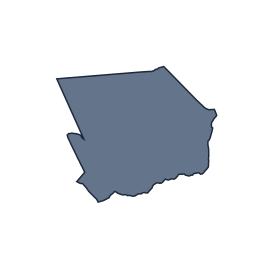 outline of Nova Soure, Bahia, Brazil, rotated 45°
{"feature_id": "56859067B28975289124766", "entity_name": "Nova Soure", "entity_type": "district", "adm_level": 2, "iso_a3": "BRA", "parent_name": "Brazil", "parent_adm1": "Bahia", "projection": "albers", "projection_center": [-38.498, -11.321], "detail": "fine", "context": "isolated", "style": "filled", "palette": "slate", "viewbox_px": 256, "rotation_deg": 45, "n_neighbors": 0, "source": "geoboundaries", "source_scale": "gbopen_adm2", "svg_char_len": 2171}
<svg xmlns="http://www.w3.org/2000/svg" viewBox="0 0 256 256"><g transform="rotate(45 128 128)"><path d="M109.7,59.3L109.0,60.9L107.8,62.7L107.2,64.0L107.2,65.4L105.9,67.3L105.9,69.1L105.0,70.6L104.5,71.7L103.3,72.7L96.9,80.0L80.0,99.9L75.9,104.7L72.9,108.3L71.5,109.9L51.0,134.0L42.9,143.6L104.7,167.1L102.8,167.5L101.0,167.0L99.5,166.7L98.2,167.1L96.9,167.9L95.7,168.4L94.6,169.4L93.1,170.5L91.8,171.4L91.2,172.6L90.0,173.9L90.0,176.0L91.5,176.8L93.0,177.6L94.7,178.1L99.5,179.9L110.8,183.8L112.5,184.4L114.0,185.0L116.4,185.6L118.4,186.4L120.1,187.0L121.6,187.5L122.9,187.8L124.4,188.4L126.1,189.0L127.5,189.5L128.7,189.8L129.7,202.2L131.3,201.6L132.8,201.2L134.1,200.5L135.1,199.4L141.1,199.8L143.1,200.2L145.0,200.5L147.0,200.6L148.6,200.6L150.3,200.5L151.9,200.6L153.7,200.6L155.3,200.5L156.6,200.7L157.8,201.0L159.3,201.5L162.0,196.6L163.9,190.6L163.4,189.4L163.2,188.1L163.3,186.6L163.5,184.6L163.4,182.3L165.4,181.5L166.8,181.4L168.4,180.6L170.4,179.8L171.8,178.8L173.0,177.4L174.0,176.3L175.5,176.2L176.3,175.0L177.7,174.0L179.6,172.8L180.9,171.3L181.2,169.7L181.7,168.3L182.1,166.9L183.1,166.1L184.1,164.9L184.1,163.5L185.0,162.2L186.7,161.1L187.8,160.0L187.6,158.0L187.5,156.0L187.4,153.5L186.5,151.5L186.3,150.0L186.6,148.4L187.0,146.8L188.1,145.4L189.6,144.7L190.6,143.2L190.8,141.3L190.6,139.6L190.5,137.9L192.2,137.0L193.3,136.3L194.1,134.6L194.9,132.9L196.7,131.7L197.2,130.1L197.1,128.2L197.1,126.9L196.5,125.5L197.5,123.8L199.1,122.4L200.1,120.8L202.2,120.7L203.8,119.5L205.2,118.8L205.7,117.1L207.0,115.6L206.6,113.8L207.8,112.4L208.8,110.7L210.0,109.5L212.0,109.4L213.0,107.8L213.1,105.9L212.8,103.9L212.8,102.3L212.6,100.4L212.4,98.9L211.6,97.8L209.8,95.9L208.0,93.8L206.5,92.8L205.5,91.4L204.2,90.0L202.7,88.6L201.0,86.9L199.3,85.4L197.1,83.9L195.7,82.8L194.8,81.8L193.9,80.8L193.9,79.2L193.2,77.3L192.5,75.9L191.6,74.4L190.7,72.7L189.7,71.0L188.9,69.7L187.9,68.1L186.3,68.1L184.6,66.8L183.2,64.8L182.7,62.2L182.2,60.5L182.1,58.3L181.9,56.5L180.7,55.8L179.3,55.2L177.7,54.5L175.9,53.8L175.0,54.8L173.7,56.2L172.3,57.9L170.4,58.7L168.9,59.3L167.5,59.5L156.9,59.8L114.5,59.3L109.7,59.3Z" fill="#64748b" stroke="#1e293b" stroke-width="1.5"/></g></svg>